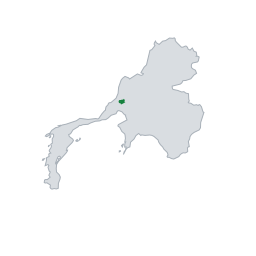 Tha Muang, Kanchanaburi, Thailand (highlighted), rotated 54°
{"feature_id": "78962969B17416379558143", "entity_name": "Tha Muang", "entity_type": "district", "adm_level": 2, "iso_a3": "THA", "parent_name": "Thailand", "parent_adm1": "Kanchanaburi", "projection": "mercator", "projection_center": [99.605, 13.934], "detail": "fine", "context": "in_parent", "style": "filled", "palette": "green", "viewbox_px": 256, "rotation_deg": 54, "n_neighbors": 0, "source": "geoboundaries", "source_scale": "gbopen_adm2", "svg_char_len": 4601}
<svg xmlns="http://www.w3.org/2000/svg" viewBox="0 0 256 256"><g transform="rotate(54 128 128)"><path d="M109.8,29.7L110.1,30.7L111.1,29.3L112.4,28.7L115.0,31.6L115.4,32.9L113.4,37.5L113.7,39.0L115.0,40.3L116.4,41.1L118.0,40.9L120.9,39.5L124.1,40.4L123.9,43.4L125.1,48.3L123.5,53.3L122.0,55.7L123.1,57.9L123.2,59.9L120.1,67.6L120.8,68.2L122.7,69.0L123.5,68.7L126.8,65.7L130.4,63.4L131.5,61.4L133.8,60.7L135.8,58.9L140.5,62.0L141.7,62.3L142.3,62.8L142.5,64.1L143.1,64.3L145.0,62.6L148.2,61.4L149.5,58.8L151.0,58.0L150.9,56.7L151.4,56.2L154.0,56.1L158.0,57.5L159.4,57.8L160.0,57.4L166.3,66.0L170.4,69.2L171.4,71.5L170.4,77.2L170.5,80.4L171.4,82.9L173.1,84.6L174.4,87.1L179.1,89.4L178.7,90.1L179.0,91.6L182.0,93.4L182.2,93.9L181.9,96.2L180.5,98.0L180.2,99.4L180.2,101.1L181.0,103.8L180.0,109.2L178.3,110.8L176.0,111.9L174.8,113.3L173.9,113.0L173.4,111.5L170.9,110.6L166.1,111.4L163.7,111.1L160.5,111.6L157.3,111.4L155.4,110.7L150.2,111.9L148.0,113.0L146.4,114.6L144.0,118.6L141.6,121.0L141.6,122.0L138.7,122.6L138.8,126.0L140.5,129.7L141.0,134.3L144.4,137.6L143.7,139.9L144.1,142.1L146.7,147.3L144.8,144.8L144.5,143.2L142.3,140.6L141.5,141.9L139.0,140.0L137.9,138.1L137.5,138.9L134.9,136.2L132.3,134.7L130.8,134.1L127.2,135.0L122.5,134.3L120.7,135.0L120.0,134.6L119.6,133.7L120.9,124.1L116.8,122.9L116.1,122.3L115.3,123.0L111.3,123.4L108.5,125.2L108.1,126.6L109.4,129.3L107.8,134.1L108.3,138.6L108.1,141.1L106.1,144.2L105.6,146.7L103.3,150.5L101.9,155.4L101.5,158.2L98.8,162.5L98.2,164.9L97.3,165.8L97.7,167.7L97.2,173.6L98.9,177.9L98.4,179.8L100.3,180.5L104.6,179.2L106.1,179.5L107.0,181.9L108.1,188.8L109.9,191.0L110.4,189.9L111.2,191.0L111.9,193.1L114.2,204.0L115.4,206.9L114.0,206.1L113.2,202.7L112.0,202.6L112.4,200.4L111.6,199.6L110.3,200.2L110.3,201.9L113.8,207.4L115.9,207.5L118.6,209.9L121.6,211.7L125.3,211.1L127.9,211.6L129.4,213.1L131.8,216.8L135.8,219.9L135.2,221.8L133.6,223.3L132.8,225.4L131.7,226.0L130.2,226.0L128.6,224.3L124.7,225.8L123.8,227.4L122.8,227.8L121.1,226.1L121.2,225.1L122.3,223.6L122.0,219.9L119.7,219.8L118.1,217.0L117.6,216.7L116.5,217.1L112.8,215.8L111.7,214.0L110.5,214.2L109.8,217.2L106.5,213.2L104.2,211.5L104.6,208.5L103.0,207.8L102.4,207.0L102.9,205.2L100.8,205.4L99.8,204.9L98.6,201.7L97.5,200.4L96.1,200.4L95.7,199.7L95.8,198.1L92.3,195.8L91.2,193.2L89.6,192.1L88.6,192.4L87.5,194.3L86.7,194.1L86.0,193.6L85.1,191.0L85.2,186.4L86.3,183.8L86.9,179.5L88.5,175.9L91.8,165.4L91.9,161.3L97.6,155.3L101.4,148.5L102.6,147.5L103.2,146.3L101.2,140.8L100.3,137.0L100.4,136.0L98.0,133.4L97.4,130.4L96.7,129.5L96.5,128.5L97.4,126.8L96.9,120.2L94.2,115.7L89.5,111.6L85.2,105.4L84.6,103.2L84.5,100.1L87.9,98.0L89.3,97.9L89.8,88.6L92.7,86.8L93.4,86.0L93.6,84.5L93.0,83.6L91.0,85.1L90.7,84.8L88.3,79.3L87.8,75.9L78.1,64.6L78.6,62.7L77.2,57.8L75.8,57.7L74.8,56.9L73.8,54.7L75.6,55.0L78.7,53.7L78.1,48.9L79.4,46.2L79.6,41.6L81.9,38.9L82.2,37.6L83.5,37.4L85.1,38.4L86.9,38.4L94.0,37.3L94.9,36.0L95.4,33.5L96.1,32.7L97.7,32.5L99.5,33.0L101.5,32.0L101.1,29.0L104.6,29.5L106.8,28.2L109.8,29.7ZM87.7,195.5L87.2,198.9L85.9,199.6L85.4,197.6L86.2,194.4L86.6,195.2L87.7,195.5ZM109.2,175.6L108.9,177.2L107.7,177.8L107.4,175.9L109.2,175.6ZM138.6,141.4L140.1,143.8L138.4,143.6L138.1,141.3L138.6,141.4ZM103.8,216.2L103.1,215.2L103.7,213.6L104.3,215.5L103.8,216.2ZM89.9,195.9L89.6,197.7L88.9,195.2L89.9,195.9ZM109.2,174.1L108.6,173.9L108.0,172.8L108.8,172.8L109.2,174.1ZM95.7,201.4L96.5,203.6L95.6,202.6L95.7,201.4ZM142.4,147.7L142.2,149.1L141.4,148.5L141.9,147.5L142.4,147.7ZM86.1,182.3L85.3,182.8L85.9,181.5L86.1,182.3Z" fill="#d9dde1" stroke="#a8b0b8" stroke-width="1"/><path d="M103.9,118.5L103.9,118.4L104.0,118.4L104.1,118.2L104.2,118.3L104.2,118.2L104.3,118.2L104.4,117.9L104.5,117.9L104.6,117.7L104.5,117.4L104.5,117.2L104.6,116.9L104.5,116.7L104.4,116.7L104.5,116.5L104.5,116.4L104.4,116.3L104.2,116.2L104.3,116.1L104.2,116.1L103.9,116.2L103.8,115.9L103.8,115.6L103.7,115.5L103.6,115.4L103.5,115.2L103.4,115.2L103.2,115.0L102.9,115.0L102.8,114.9L102.7,114.9L102.7,115.0L102.5,115.3L102.4,115.3L102.5,115.3L102.6,115.5L102.7,115.8L102.8,115.8L102.9,116.0L102.7,116.1L102.7,116.3L102.4,116.4L102.4,116.5L102.2,116.7L102.3,116.8L102.4,117.2L102.5,117.2L102.6,117.3L102.5,117.5L102.4,117.5L102.1,117.6L101.9,117.6L101.8,117.8L101.7,117.9L101.6,118.0L101.6,118.3L101.5,118.5L101.4,118.6L101.2,118.6L101.1,118.8L101.2,119.0L101.3,119.0L101.5,119.2L101.5,119.3L101.6,119.5L101.8,119.6L102.0,119.6L102.3,119.7L102.5,119.6L102.7,119.4L102.8,119.4L103.0,119.3L103.0,119.2L103.3,119.0L103.5,118.9L103.6,118.7L103.8,118.6L103.9,118.5Z" fill="#22c55e" stroke="#15803d" stroke-width="1.5"/></g></svg>